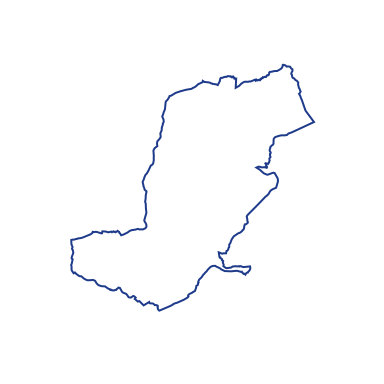 outline of Homorod, Brasov, Romania, rotated 336°
{"feature_id": "2599482B44923820513317", "entity_name": "Homorod", "entity_type": "district", "adm_level": 2, "iso_a3": "ROU", "parent_name": "Romania", "parent_adm1": "Brasov", "projection": "natural_earth1", "projection_center": [25.353, 46.075], "detail": "fine", "context": "isolated", "style": "outline", "palette": "blue", "viewbox_px": 384, "rotation_deg": 336, "n_neighbors": 0, "source": "geoboundaries", "source_scale": "gbopen_adm2", "svg_char_len": 6054}
<svg xmlns="http://www.w3.org/2000/svg" viewBox="0 0 384 384"><g transform="rotate(336 192 192)"><path d="M214.8,283.6L208.7,281.6L207.4,280.7L206.3,279.5L204.9,279.3L204.7,278.8L203.5,278.6L201.0,277.2L200.0,277.1L199.1,276.6L196.9,276.9L192.7,275.7L191.8,274.9L191.2,273.6L190.5,272.6L191.4,271.2L191.4,269.1L192.3,268.0L192.4,267.7L192.1,267.0L191.7,266.7L191.8,266.5L191.7,266.2L192.0,265.9L192.0,265.3L191.9,264.9L191.0,263.9L191.1,263.5L190.9,263.3L191.2,263.0L190.7,262.3L191.9,258.0L192.9,258.9L194.0,260.3L194.7,260.7L195.5,260.7L198.2,261.9L199.0,260.6L199.6,259.9L200.5,259.9L201.5,259.4L202.7,257.9L203.4,257.6L203.9,256.9L204.6,255.2L206.3,254.2L207.7,252.7L209.2,251.3L212.1,249.5L217.6,248.5L218.5,248.7L220.0,248.6L221.9,248.0L222.7,247.4L223.5,247.4L224.4,246.7L225.2,245.7L225.7,244.6L227.1,243.1L228.0,243.4L229.6,243.1L230.5,242.7L230.8,242.2L230.8,241.0L231.3,239.8L232.1,236.5L233.5,235.6L248.4,229.8L256.6,226.4L259.5,225.6L261.4,224.8L263.4,223.2L264.5,222.7L266.4,222.3L270.6,222.3L274.5,217.7L275.2,216.5L275.6,215.2L275.8,214.1L275.2,208.3L274.1,207.4L268.3,207.0L267.6,206.7L265.2,204.1L262.9,199.0L260.8,195.9L263.1,195.9L264.8,197.0L265.6,197.8L268.4,198.9L269.7,200.0L269.8,199.5L270.3,199.6L270.2,199.0L270.7,199.1L270.7,197.5L271.2,196.8L270.8,196.6L270.8,196.2L270.2,195.2L272.5,196.7L272.9,197.3L274.6,196.2L274.9,195.6L275.8,194.8L275.9,194.0L276.3,192.9L278.0,191.9L278.1,190.0L278.6,189.5L278.7,188.9L279.6,188.5L280.0,187.8L279.7,186.4L279.9,185.5L280.5,184.5L281.1,184.1L281.7,183.0L282.0,182.7L283.7,182.0L284.9,181.8L286.0,181.2L288.1,176.9L288.9,176.3L290.0,175.8L290.8,175.7L294.3,176.1L296.5,176.5L300.1,178.1L302.0,178.5L303.9,177.8L307.1,178.1L331.9,177.7L328.8,163.8L329.8,152.3L329.7,150.4L330.0,148.7L329.7,145.9L330.2,145.8L332.1,144.4L332.1,142.3L332.3,141.1L332.0,140.3L332.5,138.0L332.5,137.3L333.6,135.1L333.0,133.0L332.0,131.7L331.5,129.7L330.7,129.0L330.4,128.3L330.5,126.9L330.9,125.9L330.7,124.5L331.6,123.3L333.0,122.3L333.7,120.8L332.8,119.4L332.7,118.0L332.4,117.3L330.7,116.3L329.4,115.9L329.0,114.7L328.6,114.1L327.0,112.8L326.5,112.9L326.0,113.9L324.6,115.2L323.0,115.7L319.1,116.1L317.2,115.3L315.1,114.7L314.3,114.7L312.0,114.0L311.5,114.1L311.0,114.4L310.6,115.4L309.4,116.4L309.0,116.3L308.8,116.0L308.4,115.9L307.5,116.2L307.3,116.5L306.7,116.6L306.5,116.9L306.2,116.7L305.7,116.8L305.0,116.3L303.9,116.4L303.5,116.0L302.9,116.7L302.2,116.4L301.7,116.4L301.3,116.9L301.1,116.8L301.1,116.5L300.7,116.6L300.4,117.2L299.5,117.6L299.2,117.3L299.3,117.0L299.2,116.8L297.7,116.7L297.4,116.4L297.0,116.7L296.5,116.4L296.5,115.9L295.6,116.1L295.7,115.6L295.4,115.7L294.7,115.3L294.8,115.0L290.6,114.9L289.2,114.3L288.0,114.1L285.7,113.0L284.4,112.6L281.3,113.0L278.2,114.2L274.3,114.6L278.4,106.5L277.5,106.4L277.6,105.7L276.8,105.4L277.0,104.6L276.5,104.1L276.6,103.2L276.4,103.1L276.2,103.1L275.8,103.6L275.2,103.6L275.0,103.1L274.2,102.4L274.3,102.0L271.5,100.6L270.4,100.9L269.2,100.3L267.5,100.0L266.3,100.1L264.9,99.5L264.1,99.8L262.2,102.3L259.0,104.8L258.0,103.6L254.8,101.6L254.4,101.0L253.7,100.6L253.0,99.6L252.2,98.9L248.1,96.5L247.1,94.9L246.3,96.0L241.5,96.0L239.0,96.9L237.2,97.3L234.8,97.3L233.7,97.6L228.2,96.2L222.6,95.3L217.4,94.8L212.2,95.5L210.5,95.2L209.8,96.0L207.0,97.9L205.5,98.4L204.6,99.0L200.9,105.5L198.6,107.6L196.9,109.7L196.2,110.2L195.5,111.0L195.4,114.6L194.6,116.5L193.2,117.6L192.9,118.4L190.6,120.9L189.4,123.3L186.9,125.6L185.8,129.0L183.9,130.3L181.2,131.5L180.5,132.2L179.6,133.8L179.0,136.0L175.9,136.7L174.5,137.6L173.6,138.5L171.6,144.0L170.9,145.2L170.1,147.3L168.0,150.3L166.0,151.1L165.1,151.1L160.5,155.1L157.9,156.9L156.7,157.3L155.1,158.6L152.8,161.1L151.1,162.6L150.7,163.9L150.3,166.4L150.0,167.0L150.0,168.5L149.7,170.8L150.7,172.8L150.2,173.8L149.7,174.4L148.4,176.2L147.0,179.1L145.2,181.9L145.0,183.8L143.2,188.3L142.1,191.9L141.6,192.8L136.9,198.4L136.7,199.4L137.0,201.4L137.0,203.1L136.6,204.5L136.2,205.2L135.7,205.6L134.5,206.2L131.8,206.2L130.2,205.3L129.0,205.0L127.6,203.7L124.7,203.3L124.1,203.0L123.1,202.9L122.8,202.7L121.9,202.4L119.3,202.2L116.6,202.8L112.0,203.0L109.7,202.7L109.4,200.4L109.0,199.8L109.2,198.8L108.1,197.2L107.4,197.6L105.7,197.6L105.6,197.0L104.6,196.8L104.2,196.0L102.5,196.2L102.2,195.4L99.2,194.8L96.9,192.9L94.1,191.5L93.0,193.1L92.3,192.9L89.9,190.7L88.1,189.3L86.3,188.8L85.1,188.0L84.2,189.0L81.9,189.4L73.0,189.1L70.6,188.6L69.0,188.0L67.9,188.1L67.1,187.8L64.7,187.5L63.8,187.0L62.2,186.7L60.6,190.7L60.5,193.7L59.3,195.0L59.3,195.8L59.5,196.3L58.9,199.1L58.6,199.6L55.7,202.5L55.2,203.3L55.0,204.0L55.5,204.5L55.6,204.9L53.2,208.3L51.9,209.6L51.7,211.0L50.3,214.2L50.3,215.2L50.8,218.1L52.3,217.9L53.0,219.9L54.5,222.4L54.9,223.0L56.6,224.0L58.0,227.0L59.3,228.8L60.6,230.1L63.4,231.3L65.3,231.8L66.5,232.7L67.4,233.8L67.7,236.8L68.7,239.1L71.0,241.2L74.2,242.9L76.0,246.0L77.5,247.5L77.2,247.5L77.2,247.8L79.3,249.5L81.0,250.3L81.8,250.2L83.0,250.6L83.8,250.0L84.8,249.9L85.9,249.4L87.1,250.3L87.5,254.8L88.2,256.1L90.3,258.1L90.8,259.4L91.3,262.4L92.8,263.4L93.5,263.6L95.5,263.1L96.4,263.3L97.0,264.2L97.6,265.6L96.2,266.4L98.0,270.1L99.5,270.2L101.7,275.9L108.1,275.1L107.9,275.9L108.2,276.5L110.8,277.9L111.3,278.4L112.0,280.2L113.2,280.7L114.4,281.8L114.3,282.6L113.7,283.1L113.7,283.8L113.2,284.9L113.4,285.9L113.9,287.1L125.8,287.3L128.6,287.1L129.1,286.8L131.5,286.8L133.4,287.1L140.9,287.1L145.1,286.6L146.2,286.1L146.1,285.3L146.8,284.6L148.4,284.1L151.0,284.1L152.0,283.8L152.3,283.9L153.1,283.7L154.3,283.7L154.6,283.4L156.7,281.3L157.8,279.5L159.5,279.3L160.0,278.6L160.1,278.2L161.1,277.5L160.9,276.9L161.1,276.6L163.0,274.9L166.1,273.8L168.4,272.3L170.4,271.5L171.2,271.0L172.9,270.5L175.0,269.3L178.4,268.0L179.8,267.9L181.2,268.1L183.2,268.9L183.7,269.8L186.3,272.8L186.8,273.6L187.1,274.4L189.7,277.5L195.3,280.3L200.9,282.2L204.0,284.6L204.4,285.0L205.0,285.1L204.8,285.6L205.4,286.2L205.7,287.6L205.9,287.9L206.6,288.0L207.2,289.2L208.3,288.3L209.5,288.1L210.3,288.3L210.7,287.8L212.6,287.1L214.1,285.7L214.8,283.6Z" fill="none" stroke="#1e3a8a" stroke-width="2"/></g></svg>